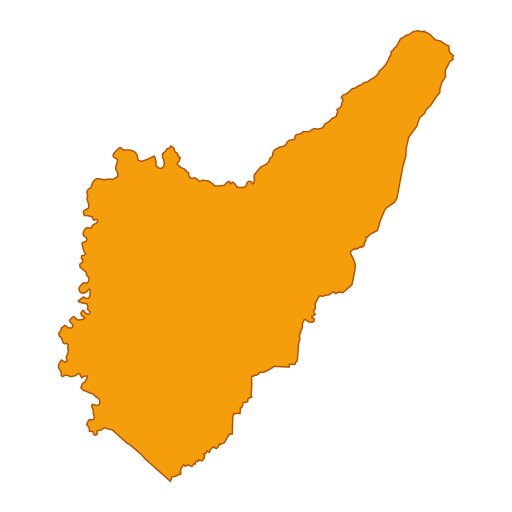 Valencia, Los Rios, Ecuador (Albers equal-area conic projection)
{"feature_id": "8360857B40545077285302", "entity_name": "Valencia", "entity_type": "district", "adm_level": 2, "iso_a3": "ECU", "parent_name": "Ecuador", "parent_adm1": "Los Rios", "projection": "albers", "projection_center": [-79.308, -0.769], "detail": "fine", "context": "isolated", "style": "filled", "palette": "amber", "viewbox_px": 512, "rotation_deg": 0, "n_neighbors": 0, "source": "geoboundaries", "source_scale": "gbopen_adm2", "svg_char_len": 5910}
<svg xmlns="http://www.w3.org/2000/svg" viewBox="0 0 512 512"><path d="M89.4,431.3L93.0,431.6L93.8,434.4L95.4,435.3L97.3,434.0L96.9,431.7L97.5,430.7L101.0,430.1L104.9,427.6L108.5,429.1L112.3,429.9L127.4,443.5L128.5,443.6L141.4,454.5L145.5,459.2L170.4,481.3L172.1,476.8L175.5,476.3L178.5,474.6L180.7,474.3L180.8,473.2L180.4,473.0L180.9,468.7L183.6,464.7L185.2,466.2L188.1,464.9L190.8,466.2L192.2,466.2L193.6,463.8L194.9,464.3L195.4,464.0L195.5,461.9L198.0,461.1L198.1,460.0L201.6,460.8L202.5,460.4L204.4,458.1L204.2,456.4L204.7,455.8L203.7,455.0L203.7,453.8L205.7,453.7L206.9,451.0L209.3,452.4L210.9,449.0L212.0,447.8L213.2,447.5L213.4,446.8L213.9,446.8L215.2,448.2L216.4,448.6L218.2,447.0L219.3,444.0L220.5,444.6L220.9,443.9L224.2,442.9L229.3,434.2L232.3,434.0L232.8,416.6L233.8,413.6L235.4,413.8L237.8,413.1L239.9,413.8L240.5,409.0L240.2,408.0L241.6,407.5L242.3,406.5L243.1,402.7L247.0,402.0L247.7,401.0L248.1,398.7L250.2,397.4L251.7,397.3L251.1,394.0L251.8,386.1L251.5,377.3L252.0,376.3L252.5,375.9L253.4,376.3L254.6,375.0L255.7,375.4L258.4,374.3L259.6,372.3L263.0,372.4L265.4,371.6L266.0,370.6L267.2,370.8L272.8,367.4L273.8,366.3L289.1,367.1L289.5,364.1L294.9,364.4L295.6,362.1L296.9,361.4L297.3,360.3L298.7,342.8L300.0,338.5L299.2,336.0L300.0,334.2L299.9,332.5L300.9,331.8L301.0,330.1L302.3,328.0L302.5,323.4L304.2,319.8L305.6,319.4L306.7,320.6L309.3,322.0L312.2,322.3L314.0,321.2L314.2,318.9L311.9,317.5L311.7,316.3L313.5,315.7L315.3,314.2L313.7,312.8L314.0,309.7L315.4,308.7L315.2,303.5L319.1,296.5L320.2,295.8L322.6,296.4L324.2,295.5L329.4,294.7L332.8,291.9L334.4,292.3L335.6,293.6L338.4,292.3L341.3,292.1L342.7,292.8L351.9,284.8L354.8,270.9L355.4,265.4L354.4,261.4L350.4,253.0L350.9,251.2L353.7,249.0L355.5,249.3L356.9,248.4L357.6,248.8L360.4,246.6L361.6,247.5L363.4,246.1L364.2,245.2L364.2,243.5L365.7,240.6L366.1,237.3L367.2,237.2L371.2,233.6L377.1,230.6L378.0,228.8L380.1,220.9L384.9,209.7L386.3,207.9L394.3,202.5L397.0,198.0L402.8,166.7L405.8,156.1L406.2,148.2L408.7,137.2L416.7,126.4L419.5,118.0L425.1,112.6L426.0,109.8L430.8,105.2L436.4,96.5L439.8,92.8L440.0,88.5L441.8,82.6L445.7,76.2L445.0,72.4L445.9,68.6L447.0,67.4L449.5,62.0L453.1,59.3L452.5,57.8L453.6,55.7L451.7,54.4L449.3,51.6L448.8,46.0L445.6,44.6L440.6,41.1L435.1,39.8L430.5,34.9L427.3,32.9L424.4,31.8L424.5,31.2L421.4,31.8L417.7,30.7L412.4,32.0L410.0,34.2L406.0,35.4L403.0,37.7L400.7,38.5L396.1,47.0L394.5,47.9L392.4,50.9L391.0,51.7L391.2,54.4L389.1,57.5L388.3,60.2L385.7,64.6L382.3,68.6L379.6,70.8L377.6,74.7L373.6,78.1L370.9,79.3L367.6,81.8L363.6,82.8L361.3,84.9L359.0,85.5L355.5,87.9L352.1,88.8L348.3,92.4L345.5,94.3L343.5,94.9L341.4,97.2L341.3,97.8L342.9,99.6L343.1,100.7L341.6,103.3L341.8,105.1L339.9,107.9L336.9,109.6L338.0,111.7L336.9,113.5L336.2,116.7L333.1,117.7L328.6,121.8L325.0,123.9L323.3,127.0L321.8,128.2L317.6,129.2L315.2,128.6L314.0,128.8L312.4,129.3L309.2,131.6L302.7,131.7L301.6,133.5L297.1,134.5L295.3,135.5L294.9,138.6L294.3,139.3L288.8,140.5L287.2,142.0L286.1,144.5L284.3,146.1L279.9,147.0L275.4,149.4L273.6,151.1L272.8,153.1L272.6,156.2L270.3,157.8L268.7,161.8L265.9,164.4L260.7,167.0L254.3,174.8L254.0,177.4L254.6,179.8L253.4,183.7L252.5,183.7L250.9,181.5L248.6,181.2L247.1,182.7L245.9,186.0L245.0,187.0L240.8,187.6L236.8,187.0L235.3,184.4L233.5,182.6L232.2,182.1L231.7,183.6L230.7,183.7L229.1,181.4L227.3,182.1L224.2,185.4L215.3,186.2L210.9,182.5L208.3,181.0L202.7,180.1L199.8,181.5L195.2,177.8L192.2,178.4L190.9,178.1L190.0,177.6L188.8,175.6L188.6,172.8L186.7,171.8L186.0,170.3L183.9,168.7L180.8,167.5L177.5,164.6L177.3,162.8L179.1,161.3L180.2,157.6L178.5,156.5L177.3,153.3L174.9,151.7L173.9,148.1L170.7,146.0L169.6,148.1L166.8,148.9L166.0,151.0L162.5,153.6L162.6,157.8L163.7,159.9L164.3,163.4L163.6,166.6L161.4,168.5L158.8,168.1L156.0,165.7L156.0,162.0L155.1,157.9L154.1,156.1L147.5,159.3L141.9,161.2L140.0,161.0L138.0,160.0L137.2,155.5L135.4,152.4L133.4,151.1L129.7,150.0L124.3,150.0L122.1,149.2L120.9,147.8L119.4,147.7L114.1,153.0L113.2,154.7L113.2,156.5L113.6,157.2L116.9,158.8L117.6,160.4L115.6,167.5L116.0,169.8L117.6,172.7L117.9,176.5L112.9,179.5L109.5,179.0L104.4,179.8L98.1,178.7L96.6,178.7L94.6,180.0L92.5,182.9L91.0,187.3L87.9,189.9L86.9,191.8L87.6,195.4L87.0,199.0L88.8,204.8L88.8,207.1L88.1,208.4L84.2,210.5L83.4,211.7L83.7,214.5L84.9,215.8L86.6,215.4L92.1,216.8L93.5,220.0L94.4,220.2L96.0,219.3L97.1,219.9L97.7,220.9L96.8,222.8L92.5,225.3L91.4,228.0L86.6,227.7L85.3,228.8L83.6,231.6L83.1,233.8L83.6,235.6L86.5,238.1L87.0,239.7L86.1,241.4L82.7,242.4L82.0,243.9L83.8,251.0L85.7,253.6L84.4,255.1L81.6,255.8L81.4,258.0L81.9,259.2L82.7,259.2L82.8,261.1L81.9,262.8L80.0,264.0L79.7,265.1L80.2,267.3L86.3,272.3L86.5,275.2L88.6,277.4L89.0,278.7L88.6,281.3L87.3,283.0L83.3,282.9L80.1,286.1L79.0,288.3L79.5,291.3L81.2,293.0L84.3,293.1L86.8,291.7L89.0,289.0L90.0,290.0L90.2,291.6L89.8,296.0L88.7,298.1L86.3,298.5L83.4,297.0L78.2,300.9L79.7,302.3L81.2,302.2L82.3,303.1L86.5,303.7L87.2,304.3L87.9,306.8L87.4,309.3L90.1,311.9L90.0,313.0L89.2,314.1L87.3,314.2L85.6,313.2L83.7,310.6L82.8,310.4L81.0,312.8L81.1,314.4L81.7,315.7L84.3,317.3L85.0,317.8L84.8,318.2L83.6,319.2L78.2,320.1L76.6,319.4L74.1,316.6L73.4,316.7L70.3,319.2L69.6,320.5L70.6,322.7L72.8,324.6L72.8,327.0L71.2,328.0L68.4,327.9L64.9,325.3L61.1,328.3L61.2,329.8L58.7,333.4L59.3,336.2L60.6,336.9L61.5,338.1L63.4,343.2L64.6,343.7L67.3,343.5L68.2,344.9L67.8,347.8L68.3,352.2L66.2,357.2L67.3,360.8L65.2,362.2L61.3,360.1L58.6,364.6L58.4,367.3L61.2,372.4L61.3,375.8L62.7,376.6L65.5,375.0L68.9,375.8L70.3,376.7L75.5,375.7L78.0,373.5L79.7,374.1L81.6,377.8L83.7,376.4L86.8,375.9L87.5,376.7L87.2,377.7L84.9,382.0L82.7,383.4L80.9,387.3L81.2,388.0L83.2,390.4L86.5,391.2L88.7,392.6L93.0,393.9L95.4,396.4L99.1,398.9L99.4,399.7L99.9,403.2L98.8,404.9L96.1,405.5L93.0,404.3L92.4,404.4L91.7,405.3L91.9,407.2L93.5,410.4L93.2,412.9L94.4,417.1L93.2,419.8L89.1,419.7L86.9,423.5L86.8,424.8L89.2,427.6L89.4,431.3Z" fill="#f59e0b" stroke="#b45309" stroke-width="1.5"/></svg>